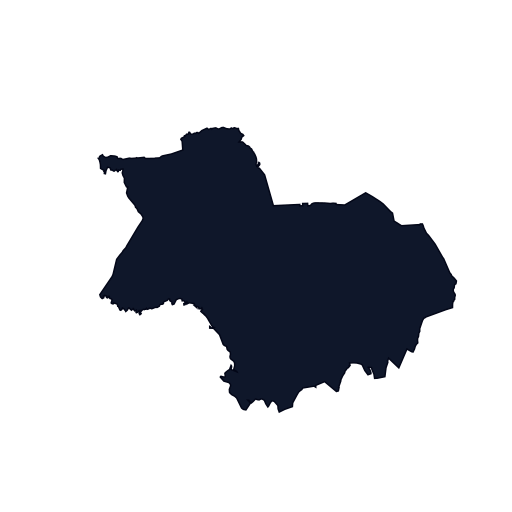 the district of Atizapán de Zaragoza, México, Mexico, rotated 40°
{"feature_id": "50627088B87353641486675", "entity_name": "Atizapán de Zaragoza", "entity_type": "district", "adm_level": 2, "iso_a3": "MEX", "parent_name": "Mexico", "parent_adm1": "México", "projection": "albers", "projection_center": [-99.273, 19.564], "detail": "fine", "context": "isolated", "style": "filled", "palette": "ink", "viewbox_px": 512, "rotation_deg": 40, "n_neighbors": 0, "source": "geoboundaries", "source_scale": "gbopen_adm2", "svg_char_len": 6121}
<svg xmlns="http://www.w3.org/2000/svg" viewBox="0 0 512 512"><g transform="rotate(40 256 256)"><path d="M72.6,282.6L74.1,283.0L76.3,284.5L78.1,286.0L80.6,288.8L85.0,288.1L85.2,289.1L86.1,289.0L86.8,290.3L87.8,289.8L86.2,287.0L85.2,283.4L86.7,282.6L87.9,282.3L89.3,283.4L89.8,283.3L90.7,282.5L92.2,282.5L92.9,282.0L93.2,279.9L93.5,279.3L94.4,280.0L94.8,279.8L95.8,280.3L96.2,279.8L95.5,278.5L96.9,277.6L96.8,276.3L98.2,274.9L99.0,275.9L100.1,278.3L102.3,279.8L105.1,280.9L107.8,284.3L112.4,286.3L113.4,285.5L116.3,290.9L119.3,292.6L121.4,293.3L130.1,294.8L131.1,295.1L132.4,296.1L133.7,296.1L134.8,296.4L137.4,297.7L140.8,297.7L143.5,298.5L144.9,299.2L145.5,300.0L146.2,302.1L147.0,309.6L150.5,331.3L151.0,333.2L150.8,337.2L151.2,339.2L151.1,342.4L151.4,348.1L158.3,361.9L159.0,364.2L161.2,386.0L163.2,387.3L165.3,387.5L165.6,387.4L166.2,385.8L164.8,384.7L165.6,384.1L165.4,383.4L166.9,382.8L167.4,383.5L168.5,383.8L169.2,383.5L169.2,383.0L168.5,382.2L169.5,381.2L170.6,382.3L171.8,382.4L172.5,381.8L173.9,382.0L175.2,385.0L175.7,385.2L177.1,384.7L177.5,384.2L177.1,383.4L180.3,382.1L181.5,382.6L182.4,383.4L183.3,383.2L186.4,384.8L187.2,384.6L187.4,384.2L187.6,382.9L187.1,381.7L188.5,381.4L191.2,381.9L191.9,382.2L192.2,380.1L191.7,377.7L192.0,377.3L194.2,377.6L195.5,377.5L195.6,375.1L195.8,375.0L196.9,375.7L198.4,376.0L199.1,374.5L200.5,376.4L200.9,376.3L201.6,374.7L201.2,373.8L201.3,373.0L201.8,372.6L201.6,373.2L201.9,373.5L202.9,373.8L203.5,375.2L204.8,375.6L205.1,374.0L203.9,373.6L203.5,373.0L203.6,370.3L204.0,369.2L204.9,368.9L205.2,368.1L205.8,367.6L205.7,366.5L206.9,366.8L207.9,365.3L207.7,364.7L208.3,364.1L210.1,363.4L211.8,360.2L213.4,358.8L214.2,356.5L213.7,355.5L213.9,354.5L215.5,352.8L215.6,352.0L215.0,351.9L214.9,350.1L216.5,347.1L216.6,344.8L217.3,344.4L218.8,345.6L221.4,345.4L222.2,346.6L223.2,347.0L224.1,345.5L223.0,340.7L224.1,338.4L225.1,337.3L226.8,336.6L228.3,337.8L229.4,336.6L231.2,336.8L231.7,337.6L231.3,338.9L232.3,339.8L232.9,339.0L232.5,335.5L233.5,335.9L234.0,336.9L234.7,335.2L235.2,334.6L239.2,332.1L240.4,332.8L240.0,333.5L243.5,333.6L242.6,333.0L243.1,332.6L245.1,332.1L246.2,333.1L247.8,331.9L247.8,330.5L249.4,331.3L249.2,333.8L249.4,333.9L252.2,334.0L252.5,333.7L253.9,333.7L253.8,334.1L256.4,334.2L260.5,335.2L260.4,335.4L268.0,338.1L269.5,337.8L268.5,338.9L268.0,340.0L267.0,340.1L266.3,339.6L265.8,339.7L266.9,341.0L269.9,338.7L278.6,339.7L287.7,344.8L289.2,344.9L291.6,344.2L293.9,346.0L295.3,346.3L297.9,346.1L299.6,347.6L300.6,349.6L301.7,350.7L303.1,351.1L306.6,350.9L308.3,351.7L310.2,353.7L312.0,357.5L315.3,356.7L316.0,357.0L309.8,359.0L308.7,356.8L308.0,356.0L307.2,355.8L308.7,359.9L308.0,362.4L307.5,365.2L307.6,365.9L309.7,367.8L309.9,368.5L309.6,369.2L306.6,370.6L306.3,371.0L306.5,371.7L311.8,372.5L316.5,370.4L318.0,370.5L319.1,370.9L320.0,371.7L321.3,375.3L323.3,377.4L324.3,377.7L326.6,377.8L329.8,377.1L332.5,377.2L342.6,381.7L344.3,381.7L345.2,381.5L347.2,380.4L346.3,372.3L342.3,371.8L343.3,371.0L346.9,371.6L347.3,369.3L347.5,366.1L347.8,365.7L349.3,365.2L350.9,364.2L351.6,362.5L352.2,361.9L353.0,361.5L355.2,361.2L358.5,362.9L362.1,364.0L362.1,362.8L361.4,359.8L361.2,357.3L361.4,356.6L363.3,355.6L368.9,356.5L371.2,358.9L374.1,360.6L376.6,354.9L380.7,348.0L378.5,344.9L376.7,336.3L376.1,332.7L376.5,330.3L376.9,329.1L376.7,327.0L384.1,318.4L386.1,318.1L384.9,316.7L389.3,308.1L404.7,308.1L405.8,306.4L404.1,303.3L403.7,303.6L401.4,297.5L401.2,297.1L400.8,297.2L399.4,292.0L399.0,288.4L398.3,287.5L398.0,282.8L398.5,282.3L398.4,279.6L397.8,279.8L397.8,278.9L396.4,277.9L399.4,275.1L402.1,273.1L405.7,271.4L407.3,271.1L413.0,273.8L418.1,275.0L419.7,272.3L418.9,271.4L416.5,270.0L414.0,269.3L413.5,269.3L413.4,269.1L416.2,267.2L417.8,268.4L422.3,270.7L425.5,273.5L427.6,271.5L432.3,265.6L427.4,258.0L425.5,253.1L425.2,252.5L424.1,251.8L424.1,251.3L423.2,249.0L437.3,249.9L431.4,230.2L436.7,229.3L438.0,228.6L437.2,225.4L436.1,223.0L435.6,220.6L435.8,218.6L433.8,216.6L432.7,215.1L432.2,213.2L430.3,210.4L429.9,208.5L428.1,206.4L425.0,198.4L424.5,195.6L425.0,195.1L425.3,193.7L425.8,192.7L435.9,175.1L439.7,169.2L437.2,166.1L436.7,165.0L436.2,164.7L436.4,163.2L435.9,162.5L436.0,161.3L435.0,160.3L433.8,157.9L432.9,157.3L430.6,156.6L429.2,155.6L428.6,154.7L428.3,154.2L428.3,153.1L426.7,150.6L426.5,150.2L427.0,148.8L425.6,146.3L422.1,145.6L418.5,145.4L417.4,144.7L415.2,144.3L401.4,137.4L399.9,137.1L385.6,131.8L374.9,129.3L371.9,129.0L366.5,126.6L364.7,125.4L362.9,124.5L361.2,125.9L361.1,127.5L360.4,127.5L348.0,139.3L339.3,140.5L333.0,135.4L330.5,135.5L320.0,134.4L316.1,134.6L307.2,135.7L299.4,137.1L291.2,159.9L284.7,164.8L284.2,165.0L283.5,164.3L281.1,166.0L279.2,168.0L274.5,171.3L267.6,176.9L266.4,178.1L265.5,179.6L265.2,180.5L265.3,182.3L263.5,184.3L261.7,182.5L258.0,185.8L259.5,187.5L257.2,189.5L256.4,188.4L237.0,206.3L210.4,188.3L202.2,186.6L201.6,187.2L200.6,187.0L200.2,186.5L200.1,183.6L199.1,182.5L198.1,182.5L198.7,184.6L198.7,186.8L196.5,185.3L196.4,183.9L194.0,181.4L192.3,180.2L189.5,178.8L188.3,178.6L187.6,178.0L186.9,178.1L184.9,177.5L184.6,177.2L183.8,176.9L181.9,177.1L181.3,176.7L179.9,176.6L179.3,176.7L177.2,177.8L176.4,177.5L172.6,177.3L172.1,177.5L169.7,179.6L169.6,176.1L168.7,174.1L169.2,171.7L167.8,171.3L165.4,171.9L161.7,170.7L161.0,169.9L160.3,169.7L159.7,170.6L157.0,171.6L156.7,172.0L156.6,173.2L154.8,173.8L154.3,175.7L153.8,176.0L151.4,177.5L148.3,178.5L147.2,179.7L146.1,182.5L144.9,183.2L143.1,183.6L142.5,184.0L140.6,186.4L140.6,187.3L139.5,187.2L138.5,189.5L136.3,189.6L133.9,194.7L133.3,199.0L132.1,198.8L131.0,199.8L131.1,200.9L129.8,201.6L129.5,203.0L127.8,204.7L125.6,203.9L125.1,204.3L125.8,206.3L124.5,207.4L124.7,209.6L123.9,209.9L124.4,211.1L123.2,213.7L123.4,214.9L125.7,215.6L131.8,221.9L125.6,232.3L120.2,239.2L119.5,240.5L119.2,242.7L116.0,245.7L115.5,246.5L108.6,252.4L106.9,252.3L102.2,257.2L101.5,257.3L100.8,258.5L97.9,261.3L96.1,262.4L92.2,267.4L91.5,267.8L89.7,268.1L87.5,270.1L87.0,270.1L85.8,269.3L83.6,270.2L80.2,272.6L79.0,275.5L77.8,276.9L77.0,277.4L74.8,277.7L73.3,277.1L72.3,279.7L72.4,280.7L73.1,282.2L72.6,282.6Z" fill="#0f172a" stroke="#020617" stroke-width="1.5"/></g></svg>